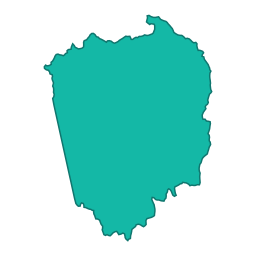 Itaju do Colônia, Bahia, Brazil (Mercator projection)
{"feature_id": "56859067B77750533051521", "entity_name": "Itaju do Colônia", "entity_type": "district", "adm_level": 2, "iso_a3": "BRA", "parent_name": "Brazil", "parent_adm1": "Bahia", "projection": "mercator", "projection_center": [-39.711, -15.16], "detail": "fine", "context": "isolated", "style": "filled", "palette": "teal", "viewbox_px": 256, "rotation_deg": 0, "n_neighbors": 0, "source": "geoboundaries", "source_scale": "gbopen_adm2", "svg_char_len": 3918}
<svg xmlns="http://www.w3.org/2000/svg" viewBox="0 0 256 256"><path d="M199.4,184.8L200.1,182.7L200.0,181.0L199.8,178.8L199.7,176.5L199.9,174.6L200.1,173.1L199.4,171.3L199.1,169.2L199.2,167.5L199.5,166.0L199.8,164.4L201.0,162.8L201.6,160.9L202.0,159.3L202.9,157.7L204.4,156.2L206.2,154.8L207.3,153.9L207.8,151.9L208.5,149.8L209.2,147.2L210.6,144.5L210.2,142.1L209.3,140.9L209.2,139.4L209.5,137.3L209.2,135.3L208.0,133.7L208.9,131.2L209.6,128.9L210.0,125.7L210.4,123.6L210.1,121.7L208.4,121.3L206.4,121.0L205.0,119.2L203.0,119.3L202.4,117.4L202.2,115.0L203.4,112.2L204.8,110.2L205.9,108.7L205.2,106.9L206.0,105.3L207.4,104.3L208.3,102.5L207.7,100.1L208.2,98.2L208.8,96.2L209.5,94.1L210.9,92.8L211.7,91.6L210.7,89.4L210.4,86.8L210.2,85.0L210.5,83.2L210.2,80.5L209.8,78.0L209.7,75.8L209.9,73.2L210.9,71.1L209.8,69.7L209.6,68.0L208.9,66.6L208.2,64.7L207.1,63.1L205.8,61.3L204.3,59.2L203.8,56.9L202.0,56.3L202.3,54.6L203.6,52.8L202.7,51.4L201.2,50.8L199.8,50.3L198.2,50.4L197.3,48.0L196.8,45.6L197.0,43.8L195.8,42.4L193.8,42.8L192.3,41.9L190.8,40.3L189.2,38.9L187.3,38.3L185.5,38.7L183.6,36.7L181.8,35.4L179.6,35.3L177.8,34.9L175.9,33.8L173.9,32.5L173.2,30.6L172.3,28.6L171.1,27.2L169.8,25.6L168.1,23.8L167.2,22.5L165.9,21.4L163.9,20.8L162.4,20.2L160.6,19.4L158.6,16.8L155.6,17.4L153.4,17.4L151.0,16.6L149.0,15.4L147.2,15.8L147.5,17.9L147.0,19.8L146.5,21.9L148.0,23.2L149.7,24.5L150.9,23.7L152.8,24.0L154.1,24.2L154.7,25.6L154.7,27.5L154.7,29.3L153.9,31.3L153.2,33.1L152.0,34.0L150.3,34.6L149.0,35.2L147.1,35.5L144.6,34.9L142.7,36.0L141.0,36.4L139.2,36.4L137.6,37.6L136.0,37.3L134.0,38.3L132.8,39.4L131.2,39.4L130.7,38.1L129.8,36.3L127.4,36.5L125.8,36.2L124.3,37.2L122.3,38.6L120.9,39.4L119.4,40.3L118.0,41.6L116.2,42.5L114.6,43.2L112.9,42.6L111.2,41.2L109.2,40.7L107.4,40.9L106.4,42.2L105.1,41.4L103.2,40.3L101.3,39.3L99.5,38.6L98.3,37.2L96.4,36.7L95.0,34.6L93.4,33.4L91.7,33.5L90.1,34.9L89.3,36.5L88.1,37.8L86.7,39.7L84.2,40.7L83.6,42.3L83.7,44.5L83.6,46.9L82.3,48.1L80.4,48.6L78.4,48.9L76.5,47.9L75.2,47.3L74.2,45.5L72.7,43.8L72.0,45.4L71.3,47.2L71.1,49.2L68.3,49.6L67.0,50.8L67.4,52.7L65.5,53.6L64.6,54.8L63.3,55.7L61.6,55.1L59.6,54.8L58.0,54.1L56.2,54.5L55.0,56.2L54.3,58.0L53.4,59.7L52.5,61.2L51.1,62.3L51.2,64.4L49.3,65.5L47.1,65.9L45.6,65.1L44.3,66.8L44.5,68.4L46.3,69.8L48.4,70.3L49.6,72.0L50.0,73.9L52.2,74.7L52.5,76.4L52.0,78.1L52.3,79.8L53.1,81.7L53.5,83.0L53.1,84.6L52.7,86.1L53.5,87.9L53.7,90.0L53.5,92.3L54.2,94.3L53.8,96.8L52.7,98.4L54.0,105.3L70.0,177.7L70.4,179.4L74.6,198.6L75.9,203.5L77.0,205.0L78.3,206.2L80.1,206.1L80.6,204.2L81.5,202.9L83.3,203.5L83.9,205.4L84.0,207.3L85.9,207.6L87.7,208.5L89.3,209.1L90.9,209.4L92.2,210.3L93.7,210.5L93.6,212.0L93.9,214.0L94.7,215.6L95.2,217.1L95.8,218.9L97.6,219.0L99.6,220.1L100.4,222.4L101.2,224.4L102.6,226.1L102.6,228.1L102.2,229.8L102.7,231.2L103.3,232.8L103.9,234.6L105.5,235.4L107.0,234.6L108.5,235.4L110.1,235.8L111.3,234.8L113.0,232.9L115.0,231.7L116.7,231.4L117.7,232.7L118.8,234.6L121.2,234.0L122.8,233.1L124.5,233.8L125.0,236.2L125.2,237.7L126.1,239.2L127.8,240.6L128.5,239.3L130.4,238.5L130.6,235.7L131.1,233.9L131.6,231.6L131.9,229.4L133.7,227.9L135.5,226.5L136.2,224.8L138.3,224.2L140.3,224.7L142.2,226.0L143.6,226.7L145.0,225.7L146.1,224.5L146.0,222.5L145.9,220.5L147.0,218.6L149.1,218.0L151.3,217.4L152.8,216.7L154.4,215.6L154.6,213.6L154.9,211.3L154.9,209.1L154.5,207.0L154.1,204.7L153.4,203.3L152.6,201.4L151.7,199.3L152.2,197.4L153.9,197.7L155.6,199.5L157.1,200.0L158.9,200.0L161.2,200.8L164.0,201.1L164.8,199.3L165.9,198.2L166.2,196.1L166.1,194.1L167.4,191.9L167.7,189.8L168.7,188.8L170.0,189.5L171.3,191.3L172.1,193.4L172.9,195.2L174.4,196.3L176.2,195.3L175.4,193.5L175.0,191.6L174.8,190.2L174.5,188.4L174.9,186.8L176.5,186.1L178.6,185.0L180.4,183.8L181.8,183.6L182.8,182.3L184.6,182.7L186.3,182.9L188.8,184.3L189.9,185.7L191.8,185.1L194.0,185.5L195.4,185.4L197.2,184.7L199.4,184.8Z" fill="#14b8a6" stroke="#0f766e" stroke-width="1.5"/></svg>